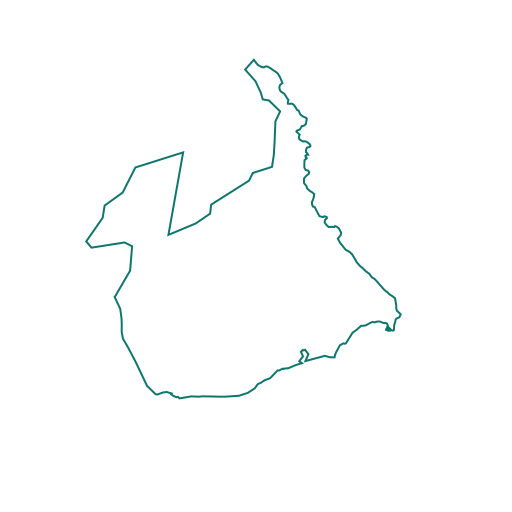 the district of Pomos, Paphos, Cyprus, rotated 120°
{"feature_id": "46923920B57848599491117", "entity_name": "Pomos", "entity_type": "district", "adm_level": 2, "iso_a3": "CYP", "parent_name": "Cyprus", "parent_adm1": "Paphos", "projection": "equal_earth", "projection_center": [32.55, 35.149], "detail": "fine", "context": "isolated", "style": "outline", "palette": "teal", "viewbox_px": 512, "rotation_deg": 120, "n_neighbors": 0, "source": "geoboundaries", "source_scale": "gbopen_adm2", "svg_char_len": 3289}
<svg xmlns="http://www.w3.org/2000/svg" viewBox="0 0 512 512"><g transform="rotate(120 256 256)"><path d="M417.6,251.2L415.5,248.6L409.9,241.8L406.5,235.3L404.3,232.2L399.9,224.3L397.3,219.5L393.7,213.1L385.6,200.9L378.7,194.7L371.2,190.9L366.1,190.4L363.2,188.3L359.2,186.4L354.9,182.7L347.6,180.9L344.4,180.1L343.4,178.6L340.5,176.8L340.3,176.0L340.2,175.7L339.8,175.8L336.9,171.8L335.7,170.9L331.0,167.4L325.8,162.7L325.5,165.9L319.4,165.1L316.5,169.2L314.4,168.6L313.9,168.4L313.9,167.5L312.7,166.7L314.8,161.5L322.3,160.7L308.0,146.4L306.8,141.4L306.2,140.4L304.5,137.3L304.0,137.5L302.2,138.1L298.9,138.5L291.4,138.7L288.0,136.7L287.5,135.0L286.6,134.5L281.4,134.3L274.0,134.0L269.8,132.0L264.0,130.1L261.5,126.5L256.2,123.2L254.8,122.0L254.2,120.1L252.1,118.2L250.8,115.9L250.2,111.5L249.2,110.4L249.0,109.0L250.2,107.0L252.3,106.8L252.3,106.1L251.2,106.4L251.8,104.3L251.9,103.4L252.7,103.2L253.5,103.6L253.8,104.8L254.1,106.7L254.9,106.5L254.6,104.1L253.7,102.5L252.5,102.0L252.4,100.7L251.8,99.7L250.7,99.7L246.7,101.8L242.8,102.7L241.3,103.3L240.0,103.1L237.5,101.3L235.7,101.3L234.1,101.6L233.5,104.1L232.9,106.7L231.5,108.2L228.4,110.0L223.0,114.6L222.5,118.9L222.5,120.8L222.1,122.8L221.6,123.9L221.6,125.6L221.0,128.5L216.8,141.0L216.5,142.6L216.6,144.8L214.8,148.9L214.3,153.4L213.2,157.4L212.6,161.1L211.1,165.5L206.5,173.5L205.6,177.3L205.8,181.4L202.5,189.9L200.0,193.8L195.4,193.1L193.3,193.9L192.1,195.7L190.6,198.1L190.3,200.4L190.6,202.5L191.8,202.8L192.8,204.8L194.6,207.7L193.8,210.8L192.7,213.3L190.5,214.2L187.6,213.5L186.9,214.4L187.4,216.6L188.8,217.4L189.8,221.0L184.3,229.6L184.7,231.6L182.9,233.6L181.1,234.6L178.9,234.7L176.5,235.3L173.3,236.5L172.8,238.8L172.7,242.1L172.0,245.4L170.2,247.3L168.9,250.8L166.5,252.3L164.7,253.2L161.0,252.4L158.5,251.4L156.8,251.9L155.9,253.5L156.7,255.9L155.2,258.4L151.1,260.7L148.7,261.9L146.0,260.9L145.4,261.6L145.8,262.1L144.6,263.3L143.0,262.8L142.2,261.6L141.1,263.6L141.0,264.6L139.0,265.8L136.5,266.0L135.0,264.2L133.6,263.8L132.4,265.0L131.7,269.2L132.5,271.6L133.2,272.2L133.4,275.7L133.0,277.2L131.2,278.5L129.0,278.9L128.1,283.2L127.1,283.3L124.5,281.3L120.5,281.2L119.6,279.9L117.9,279.1L116.6,278.8L111.8,280.6L111.3,281.8L111.6,284.2L111.6,286.3L111.2,288.5L108.7,291.9L109.1,293.1L106.3,298.4L106.1,301.1L107.5,303.2L108.2,304.6L106.7,305.4L104.5,306.0L103.9,307.9L102.6,310.1L101.4,312.5L101.2,315.2L101.0,317.1L100.5,318.1L99.4,319.2L97.8,320.3L96.4,320.6L95.5,320.6L94.5,320.2L93.0,319.6L91.5,321.5L89.8,323.7L87.1,328.2L86.6,330.9L86.5,334.1L86.1,337.5L86.2,340.9L87.1,342.5L88.9,343.8L89.6,345.9L89.6,350.1L87.2,356.0L88.3,356.2L100.0,358.6L104.9,343.8L105.2,343.4L112.1,333.6L117.0,328.4L114.8,322.6L118.7,307.4L129.7,306.5L148.4,296.7L159.6,291.1L170.8,286.7L185.7,300.3L194.2,299.7L233.9,320.5L242.3,316.9L258.0,324.5L281.5,342.4L203.0,370.8L202.7,370.9L239.6,404.7L267.7,403.2L288.0,412.3L299.6,407.9L328.2,410.3L328.3,410.3L331.0,402.6L310.0,376.6L309.5,368.2L331.6,357.7L360.7,357.8L362.1,358.0L369.7,347.1L377.5,341.1L382.8,337.8L389.0,334.3L394.2,329.8L399.2,321.0L408.0,307.1L423.6,284.5L424.2,284.5L423.2,284.4L425.9,273.9L425.2,272.1L420.7,268.3L418.5,265.5L417.2,260.2L418.2,260.3L418.5,258.1L418.1,254.3L417.0,253.3L417.6,251.2Z" fill="none" stroke="#0f766e" stroke-width="2"/></g></svg>